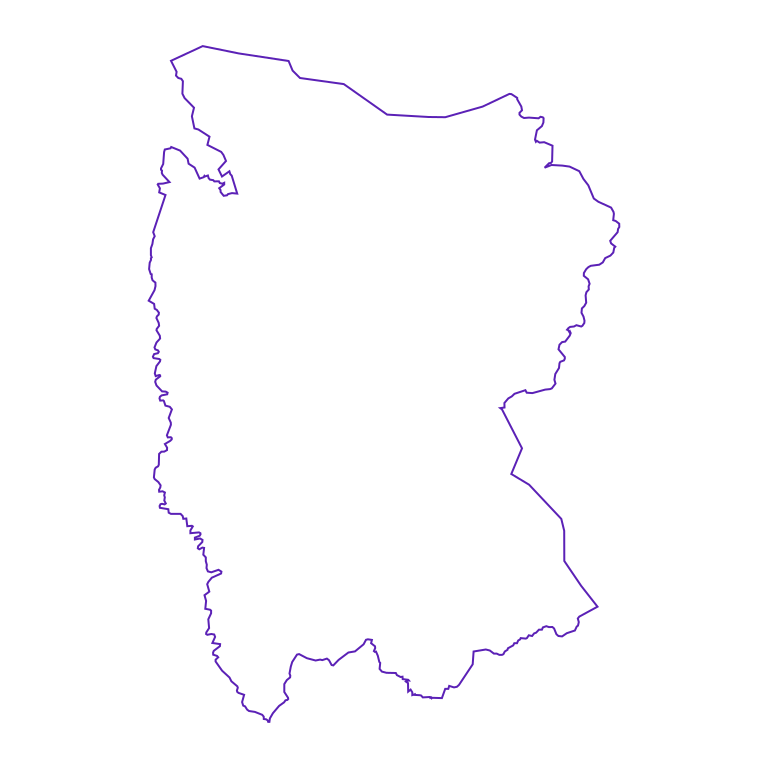 outline of Gabriel Zamora, Michoacán, Mexico
{"feature_id": "50627088B34750510771659", "entity_name": "Gabriel Zamora", "entity_type": "district", "adm_level": 2, "iso_a3": "MEX", "parent_name": "Mexico", "parent_adm1": "Michoacán", "projection": "albers", "projection_center": [-102.041, 19.155], "detail": "fine", "context": "isolated", "style": "outline", "palette": "violet", "viewbox_px": 768, "rotation_deg": 0, "n_neighbors": 0, "source": "geoboundaries", "source_scale": "gbopen_adm2", "svg_char_len": 6109}
<svg xmlns="http://www.w3.org/2000/svg" viewBox="0 0 768 768"><path d="M597.5,606.7L581.2,585.9L564.3,561.0L564.2,530.8L561.3,518.9L529.1,484.7L511.3,474.0L522.0,448.3L502.0,409.4L500.3,408.1L504.5,407.5L504.4,403.0L508.3,398.4L511.8,396.4L514.5,393.8L525.4,390.2L526.7,392.7L532.4,393.1L545.2,389.6L550.0,389.1L551.8,388.4L555.5,383.6L554.4,379.8L555.3,374.0L559.0,368.0L559.5,363.2L560.3,361.8L564.0,360.4L564.8,358.7L564.8,357.0L558.5,349.3L559.5,344.7L562.1,342.1L565.2,341.6L569.7,335.7L570.7,333.1L570.0,331.6L569.6,332.5L568.2,330.2L567.1,329.7L568.4,328.1L570.1,326.9L574.0,326.5L576.4,325.2L581.2,326.5L582.4,325.8L584.3,323.0L584.5,320.7L583.5,316.6L581.5,312.8L581.9,308.4L584.3,306.1L586.2,302.7L585.6,295.4L586.4,292.2L588.8,289.5L588.6,286.3L589.6,283.8L588.1,279.3L583.8,275.8L583.9,273.0L586.2,269.2L588.4,267.1L590.8,265.8L599.3,264.7L602.8,262.4L605.2,258.1L610.4,255.6L613.3,252.5L614.2,247.9L615.3,246.7L611.1,243.4L610.2,240.8L617.6,232.2L618.1,228.9L619.3,227.0L619.2,223.7L615.7,221.0L613.2,220.2L613.9,213.9L613.5,211.9L611.1,207.6L598.4,201.8L593.8,198.5L588.3,185.3L583.4,178.9L579.3,171.2L569.6,166.6L562.4,165.6L551.5,165.0L544.6,167.7L549.1,163.2L550.9,163.0L552.1,161.5L552.5,145.7L544.2,142.2L539.6,142.6L536.8,140.8L535.9,141.8L535.0,139.6L536.9,130.3L541.9,126.1L543.4,122.5L543.6,118.2L542.8,117.3L540.5,116.8L538.6,118.3L529.0,117.6L524.0,118.0L521.3,116.6L519.5,114.6L519.5,112.8L522.0,110.3L521.3,106.5L517.2,99.3L517.2,97.9L511.4,94.1L509.4,93.9L482.6,106.6L445.3,117.2L428.7,117.0L387.1,114.6L343.8,84.1L300.0,78.0L292.6,70.6L288.6,61.0L238.6,53.4L202.7,46.1L171.0,60.8L176.6,71.8L176.0,75.6L178.3,78.0L181.3,78.8L182.9,81.2L182.4,93.7L184.6,98.1L194.0,107.7L191.9,116.3L194.4,128.4L198.4,129.5L209.5,136.7L207.4,144.9L221.2,151.9L223.4,154.9L226.0,161.0L218.5,169.4L222.0,176.5L229.4,171.3L230.3,174.2L231.7,175.6L237.2,193.6L232.0,193.1L228.0,194.1L227.0,195.3L223.7,195.8L220.6,192.0L220.5,190.0L219.2,188.2L224.2,184.5L224.2,182.8L222.3,183.7L219.8,183.0L218.9,181.3L214.3,181.4L213.3,180.2L209.9,179.6L208.6,178.1L207.9,175.5L204.9,176.5L204.4,175.9L203.7,177.2L199.6,178.6L194.6,167.6L188.6,163.7L187.6,158.7L180.1,150.6L171.2,147.0L170.5,148.3L164.8,149.5L164.1,152.0L163.2,164.0L161.0,168.4L161.0,169.7L162.0,170.6L161.8,172.9L162.6,174.7L169.5,182.1L163.0,183.6L158.2,183.8L157.7,184.5L159.9,188.3L159.2,192.4L165.5,195.0L153.2,232.2L154.7,236.2L153.1,239.3L152.4,244.0L150.9,248.2L150.9,255.2L151.7,257.4L150.9,258.2L151.0,259.9L149.7,262.7L149.1,269.1L150.7,274.0L151.7,274.3L151.7,277.6L152.6,280.4L155.4,282.6L155.5,286.1L154.5,290.2L148.7,300.7L154.1,303.9L154.7,308.7L156.8,309.9L158.9,312.7L158.7,314.6L156.9,316.4L156.4,318.0L158.7,322.9L159.1,325.8L156.7,329.0L156.5,330.3L159.8,335.7L160.1,338.5L156.5,342.5L154.5,347.4L155.3,349.4L158.0,350.4L158.8,351.8L157.9,353.2L154.1,354.1L152.9,356.8L153.6,358.1L159.2,359.0L160.3,359.8L160.0,361.4L156.4,366.1L154.8,373.4L155.7,376.1L159.3,375.0L160.1,375.3L160.2,376.3L155.8,379.6L155.2,381.9L156.5,385.5L162.1,391.4L165.7,391.6L167.6,392.7L167.2,394.3L161.6,395.4L159.9,396.8L159.5,398.4L160.2,400.6L163.2,400.4L163.9,401.0L165.4,405.6L169.8,406.8L171.9,409.4L168.7,418.0L170.8,422.6L170.9,424.8L166.9,435.3L167.8,437.4L170.8,437.2L171.8,438.2L171.7,439.4L170.3,440.8L164.9,444.0L167.1,447.7L167.0,450.1L164.3,451.6L161.4,451.7L159.1,453.9L158.8,464.7L158.1,466.3L155.7,467.7L154.7,469.5L153.9,477.4L154.7,479.1L158.3,482.0L160.6,485.3L160.3,487.4L159.0,489.9L159.2,491.7L162.6,491.3L164.9,492.5L164.2,495.3L164.8,497.3L164.3,500.6L165.8,503.5L164.6,504.4L162.0,503.8L160.5,504.2L159.6,506.0L159.9,507.8L168.3,509.2L168.7,512.7L171.0,513.9L180.6,513.9L182.7,516.1L183.3,518.8L186.3,518.5L187.3,526.2L191.9,525.8L192.8,526.4L190.4,530.4L190.4,533.2L199.0,532.4L200.4,533.2L200.5,534.4L199.6,535.8L194.9,537.6L194.9,539.5L200.1,538.5L202.5,539.9L202.3,542.0L198.1,546.3L197.8,548.3L199.3,549.3L202.4,547.6L204.1,547.9L203.3,554.7L205.8,557.4L205.8,561.2L206.8,564.7L206.5,568.1L207.9,571.4L211.3,572.3L218.5,569.8L221.4,571.6L221.1,573.5L211.8,577.7L208.4,581.8L207.2,584.2L209.3,591.6L204.5,595.2L206.1,600.9L205.3,608.8L210.0,609.7L211.1,610.6L211.1,613.3L208.3,619.3L209.1,628.1L206.3,632.4L206.1,634.0L207.3,634.8L211.3,634.0L214.2,634.5L215.1,636.9L212.4,643.0L220.1,644.1L219.9,646.2L213.8,650.8L213.1,652.5L213.2,654.7L217.0,655.9L218.2,657.3L215.6,659.7L215.6,661.5L222.1,670.7L229.5,677.5L231.4,681.3L237.3,686.3L237.8,687.7L236.9,690.5L237.2,691.8L238.5,692.9L244.1,694.8L242.1,702.1L243.2,705.6L245.1,706.4L247.1,709.6L249.0,711.0L254.9,711.9L262.2,714.8L263.7,716.6L263.8,719.0L266.1,719.3L267.7,720.4L268.2,721.9L269.4,721.9L269.9,718.4L272.9,713.2L279.1,705.9L284.1,702.3L285.5,700.3L287.4,699.9L288.2,699.0L288.0,697.7L284.3,692.0L284.3,684.1L286.8,680.1L290.1,677.4L290.3,675.6L289.5,673.5L290.8,666.6L292.2,662.0L297.0,654.6L299.1,654.1L306.9,658.2L315.6,660.5L320.1,659.6L322.3,660.1L326.9,658.6L329.0,660.2L331.6,665.0L333.3,665.4L338.6,659.9L348.4,652.5L355.0,651.4L363.6,644.3L366.0,639.8L367.9,639.3L371.9,639.9L371.1,643.2L375.0,646.3L375.2,648.1L373.9,651.1L374.9,651.9L376.0,651.6L377.8,655.7L379.3,661.9L380.2,662.9L379.6,668.9L381.9,671.6L386.5,672.8L395.8,673.0L396.9,675.1L400.6,677.0L402.5,676.7L402.7,679.1L408.2,679.8L408.9,680.6L406.8,680.7L405.8,681.5L408.0,683.1L408.2,691.6L410.6,689.6L412.3,692.3L412.3,695.1L414.6,694.3L414.5,694.9L419.8,695.2L421.1,695.5L422.8,697.4L429.8,697.0L430.2,697.8L431.0,697.3L431.6,698.3L432.2,697.8L441.9,698.1L445.2,688.9L448.3,688.9L449.2,685.9L454.0,687.4L456.9,686.8L459.0,684.9L472.7,664.3L473.6,651.5L485.8,649.5L489.8,650.5L493.9,653.6L496.7,653.6L499.4,654.9L501.9,654.9L503.4,654.2L504.8,651.5L507.5,649.8L507.9,648.3L513.2,645.4L514.3,643.2L517.0,643.2L518.2,640.5L520.1,639.4L520.7,638.1L525.8,638.6L526.9,638.1L528.8,635.3L532.1,636.0L534.1,633.4L536.1,632.7L538.9,629.7L541.9,629.7L542.9,627.4L546.3,626.2L549.0,627.1L552.4,627.0L554.1,628.5L556.4,634.2L558.4,636.0L562.1,636.4L566.8,633.2L574.9,630.5L576.7,626.6L578.0,625.6L578.8,622.1L577.8,618.5L579.3,616.6L597.5,606.7Z" fill="none" stroke="#5b21b6" stroke-width="2"/></svg>